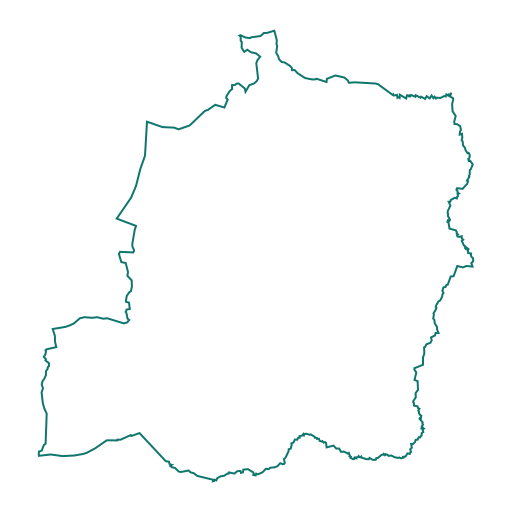 the district of Phon, Khon Kaen, Thailand
{"feature_id": "78962969B25961051879193", "entity_name": "Phon", "entity_type": "district", "adm_level": 2, "iso_a3": "THA", "parent_name": "Thailand", "parent_adm1": "Khon Kaen", "projection": "robinson", "projection_center": [102.624, 15.82], "detail": "fine", "context": "isolated", "style": "outline", "palette": "teal", "viewbox_px": 512, "rotation_deg": 0, "n_neighbors": 0, "source": "geoboundaries", "source_scale": "gbopen_adm2", "svg_char_len": 5983}
<svg xmlns="http://www.w3.org/2000/svg" viewBox="0 0 512 512"><path d="M284.2,463.9L284.8,462.9L283.9,459.2L285.7,457.4L288.6,451.1L288.7,449.3L290.7,448.6L291.7,444.8L291.4,443.4L293.6,442.4L294.8,439.6L297.2,439.7L298.1,437.9L299.7,437.7L299.5,436.1L303.3,435.4L303.0,434.5L303.5,433.9L304.1,435.0L304.6,434.0L306.1,433.7L309.8,434.8L310.7,434.4L314.7,436.8L314.8,437.7L316.8,437.9L317.0,438.9L318.9,438.7L319.7,440.9L321.9,441.6L322.5,441.1L323.8,442.6L324.9,442.1L326.0,442.7L326.6,447.4L333.5,445.6L336.3,448.6L339.1,448.5L341.1,451.9L343.9,451.6L347.9,453.6L348.8,452.9L349.8,455.4L349.5,456.2L350.8,456.7L350.4,457.8L353.2,459.2L354.3,458.9L354.4,457.9L355.9,458.2L355.5,457.4L358.0,457.2L358.6,456.1L359.3,457.0L360.4,457.3L361.2,456.6L361.4,457.5L366.1,459.1L368.9,459.2L369.5,457.9L372.9,459.9L375.7,459.8L376.3,458.1L377.9,457.9L381.6,454.8L383.2,454.7L383.6,454.0L384.2,454.7L385.0,454.3L385.2,455.1L386.3,454.4L387.6,454.8L388.5,455.9L391.3,455.5L394.8,457.3L398.4,457.9L399.4,457.5L400.9,458.3L403.4,457.7L403.1,456.8L405.4,456.6L407.5,453.4L409.7,453.9L409.8,453.0L411.0,452.0L410.2,449.3L411.8,447.7L411.2,444.0L413.0,444.0L414.9,442.2L415.7,439.8L417.6,439.7L418.7,437.3L420.2,437.4L420.7,436.1L421.6,435.6L421.7,433.1L423.3,432.1L422.7,430.3L423.8,428.8L421.5,428.6L421.6,427.7L422.7,427.4L421.8,426.2L423.0,424.7L422.3,423.6L422.7,422.4L419.5,418.8L419.9,418.1L420.9,418.5L421.3,415.7L420.4,415.4L418.9,413.2L419.0,411.8L418.3,410.7L419.4,408.8L418.2,408.4L417.5,406.3L414.1,405.7L413.9,402.9L413.2,402.4L413.3,401.1L415.8,397.3L415.6,393.1L418.0,389.9L417.6,381.2L414.5,379.9L416.3,372.6L414.4,369.5L414.4,368.2L423.0,364.8L423.0,357.4L424.3,353.7L424.1,347.3L425.3,346.8L426.3,344.3L430.4,342.8L431.7,340.4L431.0,337.4L435.1,335.4L435.6,333.0L438.5,333.0L437.0,329.3L437.1,327.1L434.9,323.6L434.3,319.9L433.2,318.5L433.9,314.8L433.5,313.4L435.9,309.4L436.4,307.7L435.7,306.8L436.6,304.5L438.4,301.5L440.1,300.5L442.1,296.8L442.5,294.3L443.5,293.0L442.4,290.7L443.4,287.4L445.5,287.0L446.4,285.0L447.8,284.6L450.7,276.5L453.6,276.2L457.3,266.0L463.0,267.4L466.3,266.0L472.5,266.6L471.3,263.1L473.2,261.3L473.0,258.1L471.7,257.1L470.8,255.1L471.1,253.5L468.1,253.0L467.9,250.0L468.5,249.1L466.6,247.7L466.0,249.1L465.1,248.2L465.1,246.2L463.9,245.5L461.8,240.8L463.2,239.7L461.7,238.2L461.7,236.2L459.3,236.9L457.6,236.6L457.0,235.2L458.0,234.4L456.6,233.3L456.8,232.1L455.9,230.4L449.5,228.6L448.5,222.6L447.4,221.8L448.0,220.2L449.3,220.9L450.0,219.8L447.9,215.9L448.1,213.9L447.6,212.9L447.9,210.7L450.4,205.6L448.7,201.8L450.3,201.7L450.8,200.0L454.7,197.8L456.8,198.4L456.9,197.2L458.0,196.0L457.6,193.8L458.8,193.4L457.6,192.6L457.4,190.7L456.4,189.8L457.1,188.2L462.6,188.8L467.2,183.8L468.0,181.1L467.0,180.6L469.4,176.7L469.0,175.9L469.7,174.5L469.8,170.0L470.9,169.1L472.7,164.4L470.3,160.9L468.8,161.1L468.3,159.1L469.1,158.9L469.8,155.6L469.2,153.7L468.5,152.8L467.5,153.2L465.6,150.3L465.0,147.8L463.0,145.4L462.7,141.5L461.6,140.1L462.3,137.8L462.0,133.8L459.7,134.6L460.0,131.6L461.0,129.8L460.1,126.1L457.2,124.2L454.5,124.0L454.2,121.7L455.7,116.0L452.6,111.3L452.1,104.3L453.2,99.4L453.1,98.2L450.1,96.6L451.2,92.8L449.4,95.1L448.6,94.6L448.2,95.6L446.4,94.4L445.8,96.5L444.0,96.1L440.6,97.9L436.2,97.7L435.9,98.4L434.6,96.7L433.4,98.2L431.6,95.5L429.7,98.4L426.6,96.2L425.2,98.9L421.1,96.7L420.5,97.7L415.7,95.2L415.4,96.8L411.2,95.0L410.5,96.1L409.7,95.4L409.0,96.4L407.8,95.2L406.9,95.4L406.2,98.5L399.8,94.7L399.6,98.0L397.9,97.0L397.4,97.5L397.0,94.9L393.8,95.5L393.3,94.4L392.8,95.0L378.0,84.2L375.3,83.5L354.6,82.3L349.0,82.8L347.7,80.3L344.3,77.5L335.4,75.5L326.9,78.8L326.5,82.0L316.4,78.7L315.9,79.3L312.6,79.5L305.2,78.1L297.7,73.3L294.6,70.0L292.1,70.2L291.7,67.7L290.0,65.9L284.7,62.5L281.5,61.9L279.0,59.1L278.1,56.0L276.2,52.9L277.2,46.0L276.5,44.1L276.8,40.2L274.3,30.7L267.2,32.9L263.8,33.0L260.6,36.0L250.9,37.4L250.1,38.1L245.3,37.5L240.7,35.2L239.5,35.6L240.7,36.7L240.7,40.8L241.8,42.1L241.6,47.6L243.8,51.3L244.3,51.9L247.3,49.7L250.8,52.2L256.1,53.4L260.2,56.7L257.4,60.2L256.3,63.3L258.1,78.6L256.5,81.4L253.8,83.6L249.4,85.1L245.5,91.7L244.8,88.5L238.7,83.5L236.7,83.6L234.9,85.0L232.0,85.2L232.1,89.1L229.8,91.0L226.7,95.8L226.1,97.9L227.7,99.5L224.4,107.5L215.2,104.8L208.2,109.7L204.8,111.0L189.6,125.5L178.6,129.3L174.0,127.6L162.5,127.1L147.0,121.7L145.0,155.7L140.3,169.1L136.0,186.0L131.1,197.7L116.7,218.6L136.0,225.9L134.7,229.9L132.3,244.0L132.4,246.4L134.1,250.5L133.3,252.4L120.0,251.9L118.9,253.9L121.3,262.1L125.7,263.0L128.0,272.0L127.4,275.8L131.7,280.4L131.9,286.5L130.9,291.2L129.5,292.0L126.8,295.8L125.9,300.8L126.0,301.8L129.0,302.6L129.8,309.0L126.6,309.6L126.0,311.6L124.9,311.4L125.9,311.9L126.7,314.1L127.5,318.6L129.2,320.0L127.0,322.5L123.9,323.4L107.3,318.3L103.2,318.7L97.0,317.2L92.5,317.8L84.4,317.2L79.8,318.3L74.0,323.4L70.0,325.3L65.3,326.9L52.7,329.0L54.9,335.9L55.0,341.7L56.3,347.1L46.6,349.3L45.5,350.2L46.0,351.1L45.4,354.4L43.8,356.9L45.9,359.1L45.4,360.4L49.1,363.3L48.9,366.3L47.7,367.3L47.7,368.7L45.9,371.3L46.0,374.9L44.2,379.0L42.7,380.8L41.7,384.4L43.0,388.3L41.6,392.4L42.8,403.1L44.4,408.7L46.7,413.6L45.6,443.7L43.8,445.1L41.7,450.6L38.9,451.6L38.8,454.0L38.9,455.8L50.7,454.5L62.6,456.1L74.4,455.5L83.0,454.0L86.8,452.8L95.2,448.3L106.8,440.3L117.4,440.4L117.4,439.7L120.5,439.7L130.8,435.1L131.4,436.0L139.5,433.1L165.8,461.2L169.0,461.7L169.4,463.8L170.5,464.3L170.4,464.9L171.6,465.0L170.3,466.0L172.3,467.4L175.0,467.9L178.6,471.5L181.0,472.0L188.6,470.5L190.5,472.3L193.7,473.2L197.3,475.9L212.5,479.6L213.3,480.2L213.0,481.3L214.2,481.0L214.5,479.7L216.3,480.4L217.2,478.2L220.7,476.3L224.3,475.7L227.5,473.5L228.7,473.6L229.1,472.4L234.5,473.6L237.1,471.3L239.9,470.9L240.6,471.2L241.0,472.9L242.9,472.3L243.4,469.6L248.0,469.2L253.1,472.3L253.9,473.9L253.3,474.9L255.7,475.4L256.2,473.6L258.0,474.3L262.5,472.3L265.9,468.8L268.6,469.1L270.4,467.7L274.8,467.3L277.4,466.2L280.2,463.2L282.6,464.2L284.2,463.9Z" fill="none" stroke="#0f766e" stroke-width="2"/></svg>